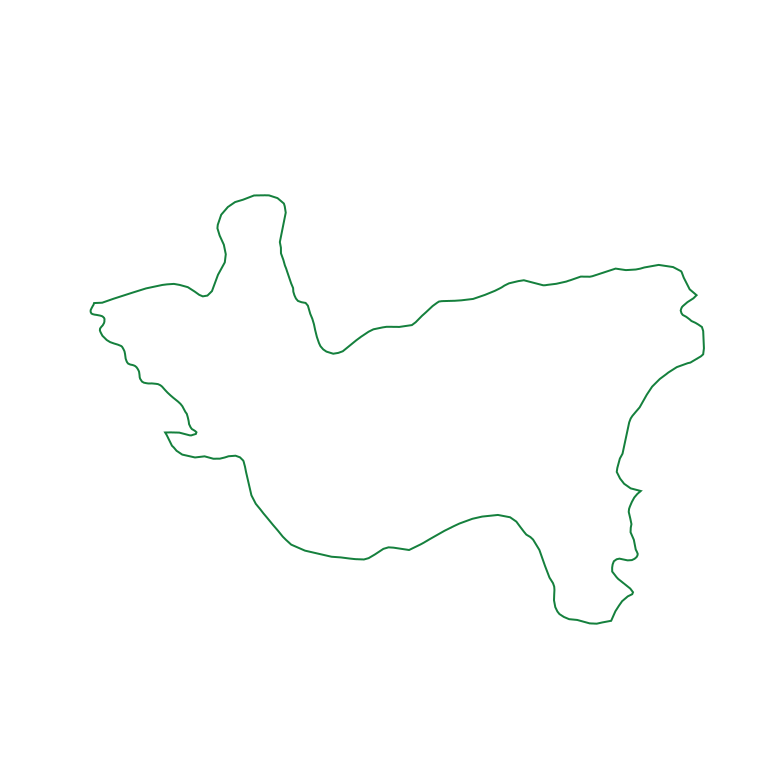 Rabinal, Baja Verapaz, Guatemala (Albers equal-area conic projection), rotated 284°
{"feature_id": "79465075B87613469920283", "entity_name": "Rabinal", "entity_type": "district", "adm_level": 2, "iso_a3": "GTM", "parent_name": "Guatemala", "parent_adm1": "Baja Verapaz", "projection": "albers", "projection_center": [-90.508, 15.131], "detail": "fine", "context": "isolated", "style": "outline", "palette": "green", "viewbox_px": 768, "rotation_deg": 284, "n_neighbors": 0, "source": "geoboundaries", "source_scale": "gbopen_adm2", "svg_char_len": 4364}
<svg xmlns="http://www.w3.org/2000/svg" viewBox="0 0 768 768"><g transform="rotate(284 384 384)"><path d="M284.0,183.4L281.9,185.5L272.8,193.2L271.6,195.3L269.0,198.9L266.7,205.3L267.0,218.4L270.4,227.4L270.2,236.5L271.9,242.9L274.2,247.3L276.3,250.7L278.5,257.3L278.0,262.0L275.6,266.0L274.4,266.8L272.7,267.7L270.2,269.1L265.3,271.4L243.9,282.3L236.7,288.6L232.4,294.4L229.3,298.3L225.9,303.0L220.4,310.4L216.0,316.6L211.4,322.7L209.0,326.7L205.7,332.8L203.2,347.6L203.7,374.9L205.3,384.1L206.3,392.6L207.1,398.4L208.9,407.0L211.3,411.2L216.4,416.4L223.9,423.3L226.6,427.9L227.5,432.8L229.0,448.5L237.2,458.3L239.2,460.5L244.5,465.9L256.2,478.2L263.1,486.3L266.9,491.0L274.6,502.4L279.1,511.3L284.5,526.2L285.2,538.6L282.5,545.7L278.2,550.9L274.6,555.4L272.3,558.5L270.9,563.1L269.1,566.3L260.6,574.9L246.5,584.2L236.2,591.4L231.6,596.2L228.5,598.2L225.4,599.2L221.3,600.0L215.2,601.3L208.9,604.2L205.2,607.3L203.2,609.9L201.5,614.8L200.6,620.5L201.8,628.5L201.5,641.5L202.9,648.4L205.5,653.6L209.2,661.7L219.5,663.5L226.0,665.7L230.9,667.6L236.9,671.9L240.1,675.7L242.2,676.0L245.1,672.4L251.5,658.4L252.8,656.4L257.2,650.8L261.0,649.8L264.2,649.5L267.6,649.9L270.2,652.1L271.5,654.7L271.8,663.0L273.1,667.1L275.0,669.4L277.1,670.9L278.9,671.4L280.5,671.3L282.2,670.1L284.3,668.3L293.3,664.1L299.8,659.1L304.2,658.2L307.9,658.0L312.9,655.6L319.1,652.4L322.1,652.0L324.4,652.2L329.4,653.0L334.4,654.3L338.6,656.4L342.3,659.0L342.4,648.6L345.3,641.1L349.4,635.9L355.0,631.1L359.0,630.7L368.7,630.9L374.1,632.3L406.1,631.2L410.2,631.7L413.1,632.7L417.6,634.9L423.2,637.7L437.3,641.6L446.3,644.8L455.6,650.4L461.7,655.4L463.9,657.1L471.2,664.0L477.7,673.7L478.9,676.1L480.8,678.0L487.5,684.8L490.0,686.5L496.0,685.8L512.6,680.9L516.2,678.7L517.7,674.7L518.7,671.4L519.5,667.1L520.7,664.8L522.3,661.0L523.3,657.1L524.7,655.5L527.1,654.1L529.2,654.2L530.7,654.5L532.0,655.2L536.8,658.6L542.0,663.5L545.8,665.8L549.8,657.7L559.7,649.1L564.5,645.8L565.3,644.9L567.4,636.2L566.0,621.7L560.0,608.3L557.9,604.7L556.0,600.6L553.5,592.7L553.0,590.9L552.0,580.8L539.0,560.1L537.9,557.8L535.8,548.9L529.7,539.6L528.9,538.2L527.5,536.1L522.9,526.9L519.6,518.3L518.9,516.7L518.3,514.6L518.5,494.6L516.3,489.4L511.9,480.9L508.6,477.0L506.2,474.8L504.5,472.9L501.2,469.0L494.9,460.4L488.1,449.9L483.9,438.8L481.9,432.6L478.4,420.1L477.3,417.4L475.6,415.8L471.4,412.3L463.5,407.2L461.3,405.7L459.4,404.4L451.6,399.8L447.9,396.8L443.1,385.1L441.0,376.2L440.1,372.6L438.6,369.0L434.5,360.5L431.0,356.4L424.3,350.3L419.8,346.6L405.8,336.1L403.1,332.1L401.1,327.4L401.5,320.3L402.9,316.6L405.3,313.2L408.0,311.0L413.4,307.5L419.8,304.1L425.0,301.6L429.9,298.7L434.2,295.5L441.6,291.2L443.7,288.3L443.4,284.2L443.8,280.4L445.6,277.9L448.3,275.7L451.6,273.7L455.1,272.6L459.1,269.6L470.3,262.4L472.4,261.1L475.0,259.2L480.1,256.3L485.9,252.4L491.3,251.0L496.5,248.6L526.5,247.2L532.4,244.7L534.9,243.2L538.6,235.7L539.2,226.8L538.3,222.8L535.5,212.3L528.7,202.6L524.5,195.5L518.0,189.7L508.9,185.1L498.2,184.2L494.8,184.7L488.3,188.6L480.4,194.9L471.6,199.1L463.5,200.1L449.8,196.5L432.5,194.6L427.1,191.3L425.2,187.0L425.8,183.2L427.9,177.9L430.5,170.2L430.7,161.7L430.3,155.9L428.2,149.4L426.5,145.0L419.2,130.0L411.7,117.7L401.2,100.8L394.7,90.9L392.4,83.1L390.7,83.0L388.7,82.4L386.7,81.9L384.7,81.5L383.0,81.9L381.6,83.1L381.3,84.5L381.3,86.5L381.5,88.2L381.7,92.1L381.6,94.0L381.2,95.1L380.4,96.4L379.4,97.1L378.2,97.3L377.0,97.6L375.5,97.6L372.9,96.9L371.1,95.9L369.2,95.1L367.4,95.3L366.0,96.2L364.6,97.4L362.7,99.1L359.6,104.3L358.4,108.1L358.0,112.1L357.8,116.2L357.3,119.7L356.8,120.8L355.3,122.3L353.9,123.5L352.9,124.3L350.4,125.5L346.1,127.2L344.0,128.6L343.0,129.4L341.9,130.8L341.5,133.1L341.6,135.4L341.5,136.8L341.2,138.2L340.4,139.8L339.2,141.2L337.7,142.6L336.6,143.4L335.1,144.0L333.6,144.6L331.5,145.3L330.1,146.1L329.0,147.3L327.8,148.6L327.2,150.7L327.3,153.2L327.5,155.3L327.8,156.5L328.4,158.6L329.0,162.6L329.2,164.7L329.0,165.8L328.7,167.2L328.1,168.7L327.4,169.9L326.4,171.3L325.1,173.2L323.3,176.0L321.3,179.6L319.5,183.2L317.1,188.4L315.5,191.3L313.6,193.8L312.0,195.2L308.9,198.0L307.4,199.8L304.9,201.3L303.2,202.2L300.8,203.4L299.1,204.1L298.0,204.5L295.1,206.9L293.8,208.5L293.2,210.6L292.6,212.3L291.8,213.7L290.0,213.5L288.4,210.8L287.5,209.4L287.2,208.0L287.3,197.1L285.4,188.6L284.0,183.4Z" fill="none" stroke="#15803d" stroke-width="2"/></g></svg>